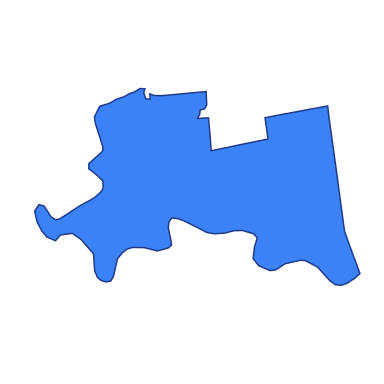 outline of Roca Sales, Rio Grande do Sul, Brazil, rotated 264°
{"feature_id": "56859067B6825501314110", "entity_name": "Roca Sales", "entity_type": "district", "adm_level": 2, "iso_a3": "BRA", "parent_name": "Brazil", "parent_adm1": "Rio Grande do Sul", "projection": "albers", "projection_center": [-51.837, -29.244], "detail": "fine", "context": "isolated", "style": "filled", "palette": "blue", "viewbox_px": 384, "rotation_deg": 264, "n_neighbors": 0, "source": "geoboundaries", "source_scale": "gbopen_adm2", "svg_char_len": 1470}
<svg xmlns="http://www.w3.org/2000/svg" viewBox="0 0 384 384"><g transform="rotate(264 192 192)"><path d="M93.4,350.5L125.8,342.3L137.2,339.6L182.8,338.2L192.2,338.0L250.8,336.1L263.4,335.9L259.8,290.3L258.2,272.4L236.7,273.1L234.4,248.7L231.0,215.4L247.5,215.9L264.0,216.1L264.6,205.2L268.3,207.7L272.9,208.8L273.3,213.2L276.9,215.7L290.4,216.6L290.8,181.3L291.0,171.7L292.0,164.2L294.0,160.2L288.8,160.2L289.4,155.8L296.0,154.4L299.5,156.0L300.4,151.2L297.2,144.6L296.4,140.3L293.8,134.2L292.2,126.6L288.8,119.2L287.0,109.3L277.1,102.9L271.3,102.9L245.9,108.1L241.9,107.3L231.0,92.4L225.8,91.8L219.3,98.6L212.3,104.5L204.8,104.0L201.4,101.1L196.2,93.8L190.0,79.0L179.1,57.6L178.5,53.6L182.1,49.2L193.6,43.3L195.4,38.5L189.4,33.5L178.5,34.8L168.7,38.7L162.4,43.0L157.8,51.2L163.0,56.7L163.4,68.6L156.6,76.5L146.3,83.8L140.8,87.6L136.7,87.5L131.9,87.2L123.6,87.0L116.8,89.1L113.5,92.4L111.5,97.2L111.9,101.8L116.1,105.0L133.3,110.9L138.9,116.4L142.1,121.8L143.1,127.1L141.7,138.7L137.0,151.4L138.9,162.8L141.3,166.0L146.1,166.0L158.7,164.7L164.3,165.8L168.4,169.2L167.0,174.9L164.8,179.8L161.4,185.4L159.0,189.1L156.3,193.3L152.9,198.6L150.3,202.2L148.1,209.9L147.7,220.7L149.1,229.3L148.5,238.1L144.0,248.9L139.6,252.1L130.4,248.3L119.5,245.8L111.6,250.7L105.7,261.4L105.8,267.1L111.0,277.4L112.8,292.9L111.8,297.7L108.6,302.4L104.3,308.9L89.2,320.0L84.8,325.0L83.6,330.6L85.0,336.7L89.4,345.3L93.4,350.5Z" fill="#3b82f6" stroke="#1e3a8a" stroke-width="1.5"/></g></svg>